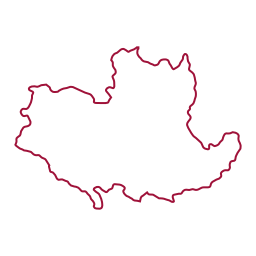 the District of Kolubarski
{"feature_id": "SRB-837", "entity_name": "Kolubarski", "entity_type": "District", "adm_level": 1, "iso_a3": "SRB", "parent_name": "Republic of Serbia", "parent_adm1": "", "projection": "orthographic", "projection_center": [19.93, 44.309], "detail": "fine", "context": "isolated", "style": "outline", "palette": "rose", "viewbox_px": 256, "rotation_deg": 0, "n_neighbors": 0, "source": "natural_earth", "source_scale": "10m", "svg_char_len": 5793}
<svg xmlns="http://www.w3.org/2000/svg" viewBox="0 0 256 256"><path d="M82.9,191.4L81.9,191.2L81.3,190.8L79.2,188.5L78.1,187.6L76.1,186.8L74.3,186.5L71.0,185.5L69.0,183.6L67.9,181.8L67.3,181.4L65.4,180.8L63.2,179.8L62.1,179.4L60.6,179.5L58.7,179.8L57.8,179.4L57.1,178.8L56.7,178.2L55.2,175.1L53.5,173.1L52.7,172.4L50.6,171.8L50.2,171.3L49.0,166.7L49.0,166.0L49.3,165.4L45.9,160.0L45.4,159.4L44.8,158.9L42.0,157.7L41.3,157.2L39.6,155.6L38.8,155.1L38.4,155.1L36.4,155.2L35.3,155.1L34.2,154.7L33.3,154.1L31.2,152.1L30.6,151.8L26.8,150.8L24.0,150.4L22.5,149.5L20.1,148.6L19.0,147.9L16.2,145.8L15.4,144.8L15.8,143.8L16.4,142.1L16.5,141.1L16.4,139.2L16.6,138.3L17.4,137.4L19.9,135.5L20.4,134.5L21.1,131.2L23.1,128.0L23.6,127.4L24.7,126.8L27.5,126.2L28.5,125.8L29.7,124.9L30.2,124.1L30.4,123.4L30.5,122.0L30.3,121.3L27.8,116.1L27.4,115.7L27.1,115.6L26.7,115.6L24.3,116.1L23.4,116.0L22.8,115.6L21.8,114.6L21.0,113.1L20.7,112.0L20.8,111.3L21.5,109.9L22.5,109.0L23.5,108.8L26.2,109.0L27.5,108.4L28.8,106.8L30.3,103.8L31.0,102.2L32.0,98.1L32.0,95.8L32.1,95.2L33.0,93.4L33.2,92.5L33.0,92.1L32.7,91.7L30.0,90.4L29.2,89.8L29.0,89.3L28.9,88.7L29.1,88.2L29.4,87.7L30.2,87.1L31.8,86.5L34.5,86.3L37.2,86.8L38.7,86.4L41.3,85.2L46.2,84.6L49.5,87.2L49.8,87.6L50.4,89.6L51.4,90.8L52.7,91.7L54.0,92.0L55.3,92.0L57.4,91.8L58.0,91.6L59.0,90.7L61.4,89.4L63.5,88.6L66.8,88.0L70.1,86.9L71.6,86.9L73.0,87.1L85.0,92.6L89.7,94.1L90.9,94.8L92.1,96.2L93.8,98.7L94.0,99.3L94.1,99.9L93.9,101.9L94.1,102.3L94.5,102.6L95.4,102.9L97.0,103.0L105.1,103.1L107.7,102.7L108.2,102.3L109.2,100.1L111.1,97.4L108.9,94.3L106.3,91.2L106.0,90.5L106.0,89.9L106.3,89.3L107.2,88.2L108.9,87.3L110.0,87.2L112.8,88.1L113.3,88.1L113.9,87.6L114.3,86.4L114.3,85.6L114.2,82.2L114.1,81.3L113.8,80.1L112.7,77.4L112.5,76.6L112.8,75.8L115.1,73.7L115.4,73.3L115.7,72.5L115.7,71.4L115.4,70.0L113.6,67.4L112.9,65.9L112.8,65.2L112.8,62.8L112.7,62.2L111.8,60.8L111.2,60.1L111.8,57.9L112.3,56.6L112.7,55.9L114.2,54.1L115.2,53.5L117.2,52.7L120.7,49.7L121.9,49.1L123.1,48.9L123.8,49.0L125.7,50.0L127.9,51.6L128.4,51.8L128.8,51.7L130.4,50.7L133.9,49.4L136.1,48.0L136.9,47.3L138.4,47.3L138.4,48.7L137.6,49.6L137.3,52.2L137.3,53.0L137.5,54.0L138.0,55.1L139.1,56.8L140.7,58.3L141.7,59.7L142.6,60.6L144.0,61.4L148.0,62.2L150.3,63.6L152.8,64.5L154.0,65.2L154.9,65.4L156.8,64.9L157.7,64.5L158.5,63.6L159.5,61.6L159.9,61.1L160.7,60.4L161.5,59.9L163.2,59.5L165.1,59.4L166.2,59.5L167.7,60.1L168.2,60.6L168.6,61.2L169.5,63.6L170.8,65.4L172.2,68.0L173.1,69.0L173.6,69.2L174.1,69.0L177.3,67.1L178.9,65.8L179.5,64.9L180.4,62.7L182.6,59.6L182.9,58.8L183.1,56.6L183.6,55.5L184.5,54.3L185.0,54.0L185.8,54.1L186.3,54.4L186.9,55.1L187.5,56.6L187.6,58.8L188.1,61.4L189.4,63.6L189.8,64.3L189.8,65.4L189.0,68.9L189.1,69.6L189.6,70.4L192.4,72.6L193.8,74.3L194.7,77.5L195.2,80.5L195.8,82.8L195.8,83.5L195.6,84.6L194.6,87.0L194.4,88.3L194.5,89.0L195.5,91.0L195.7,91.7L195.9,93.3L195.9,95.0L195.7,96.6L194.8,99.2L194.3,101.2L193.4,103.4L192.4,104.5L190.8,105.8L190.1,106.5L189.8,107.3L190.0,108.8L189.8,109.4L188.2,111.0L187.9,111.9L187.9,112.6L188.2,113.7L190.1,116.0L190.4,116.5L190.6,117.2L190.6,117.9L190.4,118.5L190.1,119.2L188.1,121.8L187.3,123.2L187.1,124.3L187.1,125.0L187.3,125.6L188.3,128.0L191.3,133.1L193.0,135.5L193.7,136.3L196.1,138.1L201.1,142.7L201.6,143.6L202.9,146.5L203.4,147.4L204.6,148.4L205.7,148.8L207.9,149.3L208.7,149.1L209.0,148.6L209.2,148.0L209.2,147.4L209.1,145.8L209.2,145.2L209.5,144.7L210.0,144.3L210.4,144.2L211.3,144.2L212.2,144.7L213.8,145.8L214.8,146.1L216.7,145.5L218.1,144.7L218.7,144.2L220.1,142.1L222.3,140.0L222.7,139.1L223.1,137.5L223.7,136.0L224.5,134.5L225.2,133.8L226.2,133.4L228.6,133.5L230.2,133.3L232.7,132.2L235.3,132.7L236.5,133.2L237.7,134.0L238.4,135.0L238.6,135.4L238.7,136.0L238.4,138.4L238.5,139.8L238.8,141.0L239.8,143.0L240.4,144.7L240.6,145.4L240.6,146.7L240.4,148.7L237.6,152.8L236.5,155.0L235.8,156.6L235.3,159.4L235.1,160.0L234.7,160.4L234.3,160.7L231.4,161.3L230.6,161.9L230.3,162.5L229.9,163.6L229.7,164.7L229.7,165.4L229.9,167.1L229.9,167.7L229.6,168.6L229.1,169.5L228.2,170.2L227.8,170.3L225.7,170.2L224.3,170.4L223.1,171.0L221.7,172.0L221.0,173.1L220.9,173.7L221.2,175.2L221.2,176.1L221.1,176.5L220.7,177.1L219.1,178.6L216.4,179.6L212.4,181.9L211.2,183.3L210.8,184.4L210.5,185.7L210.2,186.3L209.8,186.8L209.5,187.0L208.2,187.3L204.0,187.3L202.3,187.5L201.3,187.9L198.4,189.4L196.8,189.9L195.5,189.9L193.0,189.2L192.4,189.2L189.2,190.0L186.2,189.7L184.9,189.9L183.8,190.5L182.8,191.4L181.8,193.0L181.3,193.5L180.8,193.7L180.3,193.8L179.0,193.7L174.2,194.7L173.3,195.1L172.9,195.6L172.8,196.2L172.7,196.9L172.8,197.6L173.8,200.8L173.9,201.2L173.8,201.5L173.2,201.9L172.3,201.9L171.6,201.7L169.3,200.4L166.5,199.6L163.8,198.7L161.9,198.4L159.0,198.3L153.3,194.8L152.4,194.6L149.8,194.5L148.8,194.3L148.1,193.8L147.1,192.4L143.2,195.5L141.5,196.6L140.7,198.1L140.0,201.4L137.4,200.8L134.6,200.5L133.4,200.0L131.8,198.6L130.2,197.8L128.7,196.8L126.5,195.9L125.0,194.5L124.1,193.4L123.5,192.2L123.3,191.4L123.4,190.6L124.3,189.5L124.6,188.9L124.7,188.4L124.7,187.8L124.2,187.0L122.7,185.9L121.0,185.0L119.5,184.6L115.0,184.2L114.4,184.2L113.6,184.6L113.3,185.0L113.1,185.4L112.5,187.4L112.3,188.0L111.9,188.5L111.6,188.7L109.0,189.7L107.2,191.7L106.8,192.0L106.3,192.1L105.7,192.0L102.5,190.1L101.6,189.4L100.2,187.8L99.3,187.2L98.8,187.0L98.1,186.9L96.7,187.0L94.8,187.9L94.0,188.6L93.8,189.4L93.8,189.8L94.1,190.1L95.7,191.6L98.3,193.4L99.1,194.2L99.6,195.1L101.2,198.9L102.0,201.9L102.2,203.6L102.3,205.4L102.0,207.0L101.5,207.9L101.1,208.2L100.2,208.6L99.6,208.7L96.3,208.5L95.0,208.1L94.3,207.4L93.9,206.6L93.8,206.2L94.3,204.6L94.3,203.9L94.2,203.3L93.8,202.5L93.1,201.3L91.1,199.1L90.7,198.2L90.3,196.9L89.7,195.8L87.6,193.8L86.4,192.2L85.7,191.6L84.9,191.3L82.9,191.4Z" fill="none" stroke="#9f1239" stroke-width="2"/></svg>